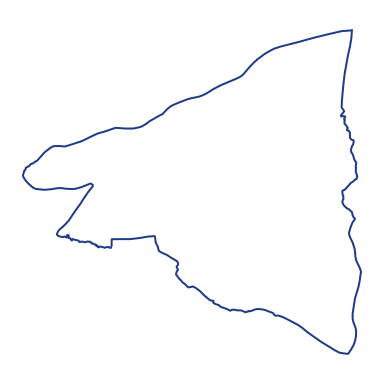 Mueang Suang, Roi Et, Thailand (orthographic projection), rotated 180°
{"feature_id": "78962969B6279300393113", "entity_name": "Mueang Suang", "entity_type": "district", "adm_level": 2, "iso_a3": "THA", "parent_name": "Thailand", "parent_adm1": "Roi Et", "projection": "orthographic", "projection_center": [103.763, 15.789], "detail": "fine", "context": "isolated", "style": "outline", "palette": "blue", "viewbox_px": 384, "rotation_deg": 180, "n_neighbors": 0, "source": "geoboundaries", "source_scale": "gbopen_adm2", "svg_char_len": 5792}
<svg xmlns="http://www.w3.org/2000/svg" viewBox="0 0 384 384"><g transform="rotate(180 192 192)"><path d="M35.9,30.2L33.0,34.3L30.2,39.4L28.9,43.4L28.0,47.7L27.9,52.9L28.3,55.6L30.6,61.9L31.3,64.7L31.4,70.2L29.1,85.2L25.6,96.9L24.3,103.3L23.7,107.9L23.0,112.0L23.4,113.8L24.5,116.7L26.0,119.7L27.7,123.3L28.7,127.8L28.9,132.2L29.6,136.0L31.4,141.5L34.0,146.8L34.8,149.3L35.0,151.4L33.7,155.9L31.6,161.3L31.1,162.2L29.5,164.1L29.2,164.6L29.1,165.2L29.1,165.4L29.4,165.8L30.3,166.5L31.4,168.7L31.5,168.9L31.5,170.0L31.7,170.4L32.2,172.1L32.5,172.4L32.9,172.6L33.2,172.9L34.2,173.8L34.8,174.5L35.4,174.9L36.4,175.2L38.3,176.8L39.1,177.5L39.7,178.1L40.6,179.4L40.9,179.9L41.5,181.5L41.6,182.5L41.6,182.9L41.1,184.1L40.5,185.4L40.5,185.8L40.7,186.4L40.7,187.2L40.7,188.3L40.8,188.5L41.2,188.8L41.3,189.1L41.4,189.7L41.6,191.2L41.6,193.1L41.4,193.3L40.6,193.7L39.1,194.4L38.3,195.4L37.1,196.5L33.2,201.0L30.9,202.5L28.9,204.4L27.6,204.9L27.4,205.4L27.1,206.9L26.7,207.5L27.6,210.6L28.3,211.9L28.1,213.1L28.2,215.2L27.9,215.9L27.9,216.2L28.2,216.8L28.3,217.2L28.1,219.0L27.8,220.2L27.8,221.4L27.9,221.5L29.5,224.1L29.7,224.5L30.0,225.7L30.6,227.4L30.9,228.8L31.8,230.5L32.7,231.8L32.9,232.2L32.8,233.6L32.9,234.5L32.9,235.0L31.8,238.3L31.6,238.6L31.0,239.2L30.6,240.7L30.3,242.5L30.4,243.4L30.5,243.6L31.0,243.8L33.0,244.7L33.9,246.1L34.0,246.3L34.0,247.4L34.1,248.4L34.1,251.1L34.5,251.9L34.5,252.3L34.7,252.7L36.5,253.6L37.0,254.0L37.0,254.4L37.0,254.6L36.4,255.4L36.4,255.7L36.4,256.3L36.4,256.5L37.0,257.2L37.5,258.1L38.6,259.5L39.4,260.2L39.5,260.5L39.6,261.1L39.4,261.7L39.4,261.9L39.6,262.9L39.6,263.1L39.2,263.7L39.2,263.9L39.2,264.1L39.5,264.3L39.8,264.8L39.9,265.2L39.6,265.7L38.9,266.6L38.9,267.0L39.0,267.5L40.2,267.9L40.8,267.9L41.7,267.6L42.2,267.5L42.6,267.6L42.9,267.9L43.0,268.4L42.7,269.1L39.9,272.6L40.0,273.1L40.2,273.6L42.0,275.9L42.3,276.6L42.4,277.6L42.2,279.1L42.1,283.2L40.8,297.7L39.4,309.9L36.0,328.9L34.1,337.1L32.6,346.2L32.1,353.8L35.0,353.4L42.1,352.9L56.5,349.6L70.8,346.1L85.1,342.1L102.8,337.6L109.9,335.3L115.1,332.6L119.7,329.8L126.7,324.6L130.7,320.9L135.4,315.9L140.0,310.4L141.8,308.6L144.7,306.7L149.3,304.6L156.4,301.7L164.2,298.3L170.8,294.8L177.0,290.9L181.8,288.5L185.6,287.2L191.2,286.1L196.1,284.9L204.0,281.9L210.2,279.3L213.2,277.8L216.9,274.8L221.6,269.8L223.7,268.9L234.4,262.8L237.8,260.2L241.7,257.8L244.0,256.9L248.9,255.8L251.1,255.5L259.0,255.5L267.2,256.1L268.7,256.1L280.1,252.2L285.5,250.8L290.3,248.7L301.9,243.0L311.6,239.8L318.8,237.6L319.8,237.5L323.8,237.9L328.2,238.0L330.2,237.8L331.7,237.2L334.1,235.9L336.0,234.3L339.4,231.7L346.7,223.5L347.8,222.7L349.0,222.3L350.7,220.7L351.2,220.5L351.8,220.5L353.5,219.7L354.4,218.3L355.3,217.9L355.8,217.4L356.6,217.2L357.4,216.5L358.1,216.3L358.2,216.1L358.4,214.9L358.5,214.6L358.9,214.0L359.5,213.4L359.8,213.1L359.9,212.8L359.9,212.1L360.2,211.5L360.7,210.0L361.0,208.9L360.9,208.0L360.7,207.3L360.1,206.2L358.1,203.1L355.1,200.0L351.3,196.6L349.3,195.5L347.7,195.0L339.4,194.2L332.5,194.8L326.9,195.8L322.6,195.9L318.2,195.3L311.0,194.9L307.3,195.5L301.9,197.1L293.8,200.4L292.9,200.2L292.5,200.0L291.3,199.1L291.2,198.6L291.2,198.1L291.5,197.4L296.1,191.6L301.7,183.3L303.1,180.9L309.0,172.8L315.1,163.6L318.2,160.2L321.1,157.3L324.9,154.0L326.0,152.5L326.8,150.7L327.0,149.8L327.0,149.4L326.8,148.9L326.0,148.3L324.8,147.7L323.4,147.3L322.0,147.1L321.0,147.0L319.2,147.5L319.0,147.4L318.1,146.7L317.4,146.5L317.1,146.6L316.9,146.8L317.0,148.0L316.8,148.6L316.7,148.8L316.4,149.0L315.9,149.0L315.5,148.8L315.3,148.4L315.3,147.0L315.1,145.9L314.0,145.7L313.5,145.4L312.8,144.1L312.4,143.6L312.0,143.6L311.9,143.7L311.5,144.7L311.3,144.8L311.2,144.9L310.6,144.7L309.5,144.3L307.4,143.8L306.5,143.7L306.0,143.5L305.2,143.1L304.6,142.1L304.4,142.0L304.2,141.9L302.9,142.3L302.5,142.4L301.5,142.4L301.1,142.3L300.3,141.9L300.0,141.8L298.1,141.9L296.6,142.5L296.4,142.5L295.7,142.2L294.8,142.4L294.4,142.4L294.2,142.3L293.8,141.8L292.6,141.6L292.4,140.7L292.2,140.5L291.7,140.5L291.1,140.3L290.5,140.2L289.4,139.8L289.2,139.7L288.7,139.1L288.2,139.3L287.9,139.3L287.8,139.2L287.9,138.5L287.7,138.2L287.1,137.8L286.3,138.0L286.2,137.9L286.1,137.2L285.8,136.8L285.5,136.7L285.2,136.7L284.8,137.1L284.3,137.3L283.0,137.4L282.7,137.3L281.4,136.8L280.3,136.7L279.3,136.2L278.8,136.4L277.8,136.8L275.5,137.0L275.1,136.8L274.4,136.3L273.4,136.1L273.2,136.1L272.4,138.1L272.3,144.2L272.2,144.7L271.7,144.8L253.9,144.9L244.2,146.0L236.2,147.4L229.6,147.9L229.2,147.6L228.9,146.4L228.3,141.7L227.6,140.1L226.2,137.3L225.2,133.2L223.0,131.7L217.8,129.4L216.2,128.5L212.1,125.8L208.2,123.6L207.8,123.3L206.9,122.5L206.3,121.7L205.9,120.9L205.9,120.0L205.9,119.6L206.3,118.8L207.3,117.4L207.4,117.0L207.2,116.4L206.7,115.5L206.2,114.7L206.1,114.0L206.2,113.8L206.9,113.0L207.3,112.4L207.9,110.0L208.0,109.6L204.2,104.5L202.9,103.7L201.9,101.9L199.4,100.2L195.7,96.6L195.4,96.6L191.0,97.5L190.8,97.4L187.9,95.8L187.0,95.1L186.3,94.5L184.6,93.4L183.2,92.1L181.8,90.6L179.9,88.7L176.9,86.2L174.6,84.3L174.1,83.9L173.0,83.5L172.5,83.4L170.6,83.1L170.5,82.9L170.8,81.9L170.8,81.7L170.7,81.4L170.6,81.2L170.2,80.9L168.2,79.8L165.4,79.0L163.5,77.3L162.6,76.8L161.6,76.6L161.0,76.4L157.0,74.9L153.7,73.3L153.4,73.4L152.6,74.0L151.9,74.1L151.6,74.3L151.4,74.3L150.6,74.2L149.8,74.3L149.3,74.2L148.2,74.1L147.0,73.6L143.9,73.7L143.1,73.6L142.3,73.3L140.3,72.5L139.6,72.3L138.7,71.9L138.1,71.7L136.8,72.4L136.0,72.4L135.8,72.5L135.1,73.0L133.5,72.8L132.7,73.0L130.0,74.2L129.1,74.5L126.4,75.0L124.8,74.9L122.2,74.7L119.7,74.2L117.3,73.4L115.8,72.7L113.2,71.8L111.6,71.2L110.6,70.5L109.8,69.2L109.5,68.9L109.3,68.7L108.5,68.4L107.8,68.3L105.9,68.5L102.8,67.5L99.2,66.0L86.5,59.4L82.9,57.0L75.7,51.2L63.1,42.3L48.9,33.6L44.7,31.4L43.7,31.1L38.0,30.3L35.9,30.2Z" fill="none" stroke="#1e3a8a" stroke-width="2"/></g></svg>